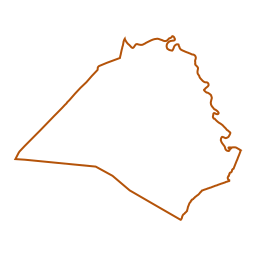 Matam, Matam, Senegal (Albers equal-area conic projection)
{"feature_id": "50182788B95113260184043", "entity_name": "Matam", "entity_type": "district", "adm_level": 2, "iso_a3": "SEN", "parent_name": "Senegal", "parent_adm1": "Matam", "projection": "albers", "projection_center": [-13.438, 15.719], "detail": "fine", "context": "isolated", "style": "outline", "palette": "amber", "viewbox_px": 256, "rotation_deg": 0, "n_neighbors": 0, "source": "geoboundaries", "source_scale": "gbopen_adm2", "svg_char_len": 5797}
<svg xmlns="http://www.w3.org/2000/svg" viewBox="0 0 256 256"><path d="M240.6,150.7L240.4,150.5L240.3,150.4L240.6,150.2L239.5,149.5L237.9,148.6L236.4,147.7L235.5,147.4L234.5,147.3L233.3,147.3L232.4,147.4L232.0,147.6L231.8,147.6L231.6,147.5L229.4,147.4L228.9,147.5L228.7,147.5L228.5,147.8L228.6,148.0L228.8,148.3L229.0,148.2L229.4,148.0L229.7,147.9L230.9,147.9L231.4,148.0L230.0,149.3L229.6,149.7L229.4,150.5L229.1,150.8L228.7,151.0L228.1,150.9L227.3,150.8L226.5,150.3L226.1,150.0L225.6,149.4L225.2,148.4L225.0,147.6L224.9,147.1L224.7,146.6L224.5,146.4L224.3,146.0L223.6,145.1L222.7,143.9L222.3,143.4L221.6,142.3L221.0,140.8L220.8,140.2L220.9,139.5L221.0,138.7L221.4,137.7L221.8,137.1L222.1,136.9L222.5,136.9L223.7,137.3L224.9,137.9L225.6,138.1L225.9,138.1L226.2,138.0L226.8,137.8L228.0,137.2L228.4,136.9L228.7,136.5L229.6,134.9L230.2,133.6L230.3,133.1L230.3,132.7L230.1,132.4L229.8,132.1L228.8,131.4L228.3,130.8L227.9,130.5L227.3,130.2L226.6,129.6L225.9,128.6L224.9,127.6L223.5,126.2L222.9,125.5L222.5,125.1L220.6,123.7L218.9,122.7L217.5,121.6L216.0,120.2L214.9,119.0L214.6,118.7L214.2,118.7L213.8,118.6L213.6,118.4L213.1,117.5L212.9,117.0L212.9,116.6L213.1,115.6L213.3,114.3L213.4,113.7L213.7,113.3L214.0,113.1L214.3,113.1L214.6,113.1L215.1,113.4L215.5,113.7L216.3,114.0L217.1,114.2L217.7,114.1L218.2,113.9L218.5,113.5L218.6,113.0L218.5,112.6L218.1,112.0L217.2,111.0L215.9,110.0L215.3,109.6L215.1,109.5L214.8,109.5L214.6,109.4L214.3,109.2L213.8,108.7L213.1,107.7L212.3,106.8L211.5,105.6L211.0,104.4L210.9,103.7L210.8,103.0L210.8,102.3L210.9,101.8L211.4,99.6L211.7,98.6L211.8,98.2L211.8,97.7L211.6,96.9L211.3,96.2L211.1,95.3L210.7,94.8L210.4,94.6L209.5,93.8L208.2,93.0L207.6,92.7L207.1,92.6L206.7,92.6L206.2,92.3L205.4,91.6L204.7,91.0L204.2,90.3L204.0,90.0L204.1,89.7L204.5,89.4L204.8,89.2L205.3,88.5L205.7,88.1L207.1,87.0L207.9,86.3L208.4,85.6L208.6,85.0L208.5,84.3L208.3,83.5L208.0,83.1L207.4,82.6L206.7,82.3L205.4,82.3L204.8,82.2L204.1,81.9L202.7,80.9L200.4,78.4L199.7,77.4L199.4,76.6L199.2,75.9L198.9,75.4L197.9,74.0L197.6,73.2L197.5,72.3L197.5,71.1L197.8,69.7L198.0,68.6L197.9,67.6L197.5,67.0L197.0,66.4L196.2,65.6L195.8,65.2L195.4,64.8L195.3,64.3L195.1,63.9L195.3,63.5L195.2,61.7L195.1,61.4L195.1,60.9L195.2,60.1L195.6,59.1L195.7,58.6L195.8,57.9L195.8,57.6L195.7,57.1L195.5,56.4L195.3,56.1L195.0,55.6L194.4,55.1L193.9,54.8L193.1,54.5L192.5,54.5L191.9,54.4L191.1,54.0L190.0,53.5L188.9,53.1L188.3,52.8L187.4,52.5L185.1,51.6L184.5,51.3L183.8,51.0L182.6,50.5L181.1,49.7L180.8,49.5L180.2,48.8L179.7,48.0L179.5,47.6L179.4,46.9L179.2,46.6L178.9,46.1L178.7,45.1L178.5,44.5L178.2,44.4L177.7,44.3L176.9,44.3L176.1,44.6L175.5,45.0L174.8,45.6L174.5,46.0L174.2,46.6L173.9,47.2L173.6,48.2L173.1,49.3L172.6,50.2L172.2,50.6L171.8,50.6L171.2,50.4L170.5,50.3L169.3,50.0L168.1,49.2L167.5,48.9L167.0,48.0L166.8,47.3L166.6,46.3L166.7,45.3L166.9,44.3L167.6,43.1L168.3,42.4L169.0,41.8L169.5,41.5L170.2,41.1L170.9,40.9L171.8,40.8L173.0,40.6L173.6,40.6L174.4,40.3L174.8,39.8L174.9,39.4L174.9,38.9L174.6,38.5L174.3,37.7L174.1,37.3L173.8,36.9L173.3,36.5L173.0,36.3L172.6,36.2L172.3,36.2L172.1,36.4L171.8,36.9L171.3,37.4L170.7,37.8L170.1,38.1L169.6,38.2L169.0,38.5L168.3,39.3L167.6,40.0L166.6,40.8L165.7,41.0L165.0,41.1L164.3,41.0L163.8,40.9L163.4,40.7L162.8,40.5L162.3,40.2L160.2,39.5L158.5,38.9L157.7,38.8L157.2,38.7L156.8,38.8L154.6,39.1L153.2,39.5L151.4,40.2L148.7,41.5L145.9,42.9L145.2,43.4L143.8,44.1L142.6,44.7L141.6,44.9L140.7,44.9L138.5,44.5L137.4,44.1L136.8,44.1L136.2,44.2L135.5,44.8L135.1,45.3L133.9,47.1L133.3,47.7L133.0,47.8L132.5,47.9L131.9,47.6L131.3,47.2L130.8,46.6L129.3,45.0L127.9,43.8L126.9,42.6L126.2,41.6L125.4,40.2L124.9,39.3L124.8,38.8L124.4,39.4L123.6,41.5L123.3,43.3L122.9,45.4L122.3,47.2L122.1,48.5L121.8,49.3L121.4,51.2L121.0,53.0L120.7,54.5L120.2,56.5L119.9,58.0L106.9,62.8L102.8,64.5L99.2,66.0L98.7,66.3L98.4,66.6L98.1,67.0L97.8,67.6L97.7,68.7L97.6,69.8L97.3,70.2L91.7,76.1L86.4,82.2L80.5,87.8L75.0,93.7L69.4,100.1L66.9,102.6L66.7,103.2L65.0,104.8L63.6,106.3L62.2,107.8L57.1,113.0L54.1,116.0L48.7,121.6L39.5,131.1L36.9,133.7L24.6,146.1L19.5,151.5L18.6,152.9L15.4,159.1L24.8,159.7L57.5,162.9L95.7,166.6L112.5,175.8L129.7,190.4L155.1,205.1L180.6,219.8L180.9,219.7L181.2,219.3L181.5,218.7L181.8,218.2L182.0,217.6L182.1,216.9L182.3,216.3L182.6,215.7L182.8,215.2L183.3,214.5L184.0,214.0L184.5,213.6L184.9,213.2L185.0,212.9L185.5,212.5L185.9,212.2L186.2,211.9L186.4,211.6L186.7,211.2L187.1,210.9L187.1,210.4L187.4,209.4L187.5,209.0L187.7,208.3L187.8,207.7L187.9,207.1L188.2,206.4L188.5,205.7L188.7,205.2L188.9,204.7L189.2,203.8L189.6,203.0L190.5,202.0L190.8,201.1L191.3,200.8L191.6,200.4L191.7,199.8L192.2,199.5L192.7,199.3L193.2,199.1L193.7,198.4L194.1,198.0L194.6,197.7L195.0,197.1L195.7,196.6L196.4,196.1L196.8,195.7L198.0,194.9L198.4,194.6L198.8,194.1L199.2,193.8L199.6,193.3L199.9,192.8L200.3,192.5L200.6,192.0L201.0,191.8L201.3,191.5L201.5,191.1L201.8,190.6L202.4,190.5L203.2,190.1L203.8,189.9L204.5,189.6L205.3,189.4L207.0,188.8L207.9,188.4L208.6,188.3L209.6,187.8L210.3,187.7L210.9,187.5L211.4,187.3L212.1,187.0L212.8,186.7L213.8,186.4L214.6,186.0L215.5,185.7L217.0,185.3L217.8,184.9L219.5,184.3L220.4,184.0L221.1,183.7L221.8,183.5L222.5,183.3L223.3,183.0L224.2,182.7L225.1,182.4L225.8,182.0L227.3,181.6L227.8,181.4L228.4,181.2L229.0,181.1L229.4,180.8L230.0,180.7L229.7,180.6L229.0,180.0L228.4,179.6L228.1,179.3L227.8,178.4L227.7,177.9L227.8,177.4L228.0,177.0L228.2,176.3L228.6,175.9L228.9,175.8L228.9,175.4L229.2,174.6L229.5,174.1L229.4,173.7L229.6,173.3L229.9,172.8L230.4,172.5L230.8,172.5L231.2,172.2L231.6,171.8L231.9,171.0L232.1,170.3L232.2,169.7L232.5,169.5L232.7,169.1L233.1,168.9L233.5,168.8L233.7,168.4L233.9,167.9L234.1,167.2L234.4,166.6L234.7,165.8L236.6,161.0L237.3,159.5L238.0,157.5L238.9,155.4L240.2,152.0L240.6,150.7Z" fill="none" stroke="#b45309" stroke-width="2"/></svg>